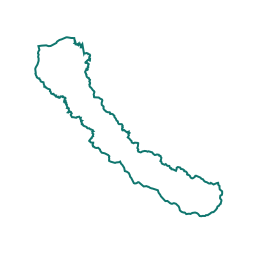 outline of Arenal, Bolívar, Colombia, rotated 260°
{"feature_id": "7082276B96052699629783", "entity_name": "Arenal", "entity_type": "district", "adm_level": 2, "iso_a3": "COL", "parent_name": "Colombia", "parent_adm1": "Bolívar", "projection": "robinson", "projection_center": [-74.071, 8.321], "detail": "fine", "context": "isolated", "style": "outline", "palette": "teal", "viewbox_px": 256, "rotation_deg": 260, "n_neighbors": 0, "source": "geoboundaries", "source_scale": "gbopen_adm2", "svg_char_len": 5768}
<svg xmlns="http://www.w3.org/2000/svg" viewBox="0 0 256 256"><g transform="rotate(260 128 128)"><path d="M224.2,54.0L220.3,54.3L218.8,53.0L217.4,52.4L216.9,52.3L216.0,52.8L213.6,51.8L212.2,52.1L209.6,51.6L206.3,49.9L203.6,47.6L202.3,46.9L198.1,46.7L197.8,46.3L197.5,46.3L197.4,46.5L195.8,46.5L194.5,47.1L193.7,47.0L192.3,48.5L192.2,49.3L191.4,49.3L190.4,50.0L189.2,50.1L188.6,50.6L187.7,52.7L185.3,52.7L183.8,53.2L183.5,52.8L183.2,52.7L182.8,53.8L182.2,53.9L182.1,54.4L180.8,55.5L179.7,57.6L178.9,57.9L177.8,57.5L177.3,58.1L175.8,58.2L175.2,58.4L174.4,59.7L174.7,60.3L174.6,60.6L173.9,60.7L173.4,61.3L172.8,61.5L172.5,62.7L171.9,62.4L171.3,62.6L171.0,63.6L170.9,64.7L170.3,64.5L169.9,65.0L169.6,65.9L170.8,67.2L170.6,67.9L170.7,68.9L170.4,69.4L169.7,69.2L168.9,71.2L168.5,71.6L168.1,71.6L167.6,70.9L166.3,70.1L165.0,69.6L164.8,70.7L165.3,70.9L165.4,71.3L164.4,71.3L163.8,70.7L163.4,71.6L163.1,71.6L162.1,71.1L161.8,71.2L161.5,71.8L160.7,71.5L159.7,71.9L159.0,71.7L158.6,72.1L158.2,71.6L157.5,73.1L156.7,72.8L155.1,73.0L153.8,71.5L153.6,72.0L154.0,72.4L154.1,73.0L153.8,73.7L154.0,74.3L153.7,74.6L152.1,75.1L151.2,74.0L150.7,73.9L148.4,74.7L148.1,76.1L147.1,78.7L147.1,79.1L147.6,79.6L147.6,82.0L145.9,82.6L146.0,83.2L144.9,82.7L143.6,83.3L143.3,83.8L143.0,82.9L142.6,82.9L142.2,83.5L141.0,83.2L140.5,83.6L139.0,82.8L139.5,83.5L139.1,83.8L139.2,84.1L137.9,84.6L136.3,87.2L135.7,87.7L135.2,87.7L134.8,88.1L134.5,88.7L134.5,89.7L133.1,90.8L133.0,91.4L131.9,93.0L131.2,92.9L130.8,93.3L130.5,92.2L129.9,92.4L129.1,92.0L128.0,92.8L126.5,92.0L126.0,92.2L125.6,91.4L124.6,90.3L124.3,90.4L123.8,89.4L122.2,87.6L121.8,87.6L121.4,88.3L120.7,88.5L120.0,89.3L119.6,91.2L119.1,91.1L117.5,90.1L116.8,90.5L116.1,90.3L115.7,90.5L115.4,91.3L114.6,91.8L113.8,93.3L113.7,95.2L111.6,96.7L110.5,96.7L108.3,97.8L107.1,100.7L104.8,103.8L103.4,104.7L102.5,104.2L100.9,104.2L99.9,103.8L98.9,103.7L97.8,105.2L96.0,108.9L95.9,109.4L96.1,110.4L95.9,113.4L96.3,114.4L94.0,115.0L92.6,116.0L89.5,117.3L86.1,117.4L85.3,119.1L83.6,120.9L81.6,121.5L79.5,121.7L78.3,122.5L72.7,124.2L72.2,125.0L72.1,126.3L72.3,127.2L72.9,128.5L72.7,129.2L67.7,133.3L67.5,136.3L66.8,137.1L66.5,138.1L65.6,138.9L64.5,140.6L64.2,141.5L61.5,146.6L59.0,146.9L56.6,148.1L55.1,148.5L49.8,151.9L49.5,152.2L49.3,154.2L46.6,156.5L45.9,157.5L45.7,158.4L46.0,159.8L45.9,160.4L45.1,162.0L42.0,164.3L40.1,164.7L37.9,164.8L36.2,166.1L35.1,168.0L35.1,168.6L34.7,169.4L33.1,170.4L33.0,173.2L32.5,174.6L33.2,176.6L33.1,179.4L32.3,181.0L31.1,182.2L28.9,183.3L28.4,184.9L28.5,186.1L28.0,188.5L28.1,189.0L28.6,189.5L28.6,190.0L28.3,191.5L28.9,192.3L28.9,192.8L29.6,194.4L29.9,194.6L30.5,196.3L30.3,197.3L30.6,198.1L32.6,200.9L33.3,201.3L33.5,201.8L34.5,202.1L35.2,202.6L35.7,204.2L36.9,205.1L37.3,206.2L38.4,206.5L40.1,207.4L41.1,207.4L42.5,206.5L43.6,206.6L45.4,207.2L45.9,208.9L47.3,209.4L49.3,209.7L51.6,207.7L54.0,207.8L54.9,208.1L56.5,207.0L58.0,207.3L58.4,207.2L58.3,205.8L57.5,202.5L59.6,200.0L59.0,199.2L59.4,197.9L61.0,196.1L61.6,194.7L63.0,193.5L64.4,193.0L65.3,191.4L66.5,190.8L69.2,186.7L69.2,186.0L68.1,185.1L67.4,183.4L67.2,182.9L67.5,182.0L68.3,181.1L70.2,180.6L71.0,179.9L71.7,178.3L72.2,178.1L72.8,178.6L73.2,178.5L74.7,177.8L75.2,177.2L75.7,175.9L76.6,176.0L77.9,174.7L78.5,172.9L79.9,172.6L80.8,170.6L80.9,170.2L80.6,169.5L80.3,169.0L79.0,168.7L77.5,167.8L79.4,165.2L79.8,163.7L80.9,163.6L81.0,162.8L81.3,162.5L83.5,162.1L83.9,160.2L85.9,158.9L85.4,157.8L86.8,155.5L87.9,155.0L89.4,154.9L89.8,154.2L91.8,155.3L93.0,155.7L94.0,155.2L94.8,155.2L95.0,155.0L95.2,154.0L96.3,153.7L96.9,151.9L96.7,150.4L96.8,149.6L98.3,148.3L99.8,147.6L101.5,144.2L101.3,143.1L101.9,142.3L102.5,140.5L102.4,137.9L101.9,136.9L101.8,136.2L103.0,134.0L104.2,133.8L104.8,134.4L105.2,134.4L106.7,133.7L108.3,134.6L111.3,135.4L111.6,135.1L112.4,132.1L112.0,130.9L113.1,129.2L114.9,129.1L115.4,128.5L117.3,127.5L118.8,126.1L120.6,127.6L122.3,127.2L122.5,127.5L122.6,128.4L122.9,128.7L123.3,128.4L123.7,127.6L124.3,127.9L124.1,126.0L126.8,123.7L126.9,123.0L126.5,122.5L126.7,122.1L127.4,121.9L128.7,122.1L129.3,122.9L130.2,122.5L130.9,123.2L131.7,122.8L132.5,122.8L133.0,122.1L133.4,119.8L133.9,119.4L134.8,119.1L136.3,119.1L137.4,118.0L139.3,117.6L141.3,116.5L142.5,116.7L143.2,116.0L144.0,115.6L144.5,114.9L144.8,114.3L144.9,112.9L146.3,112.9L146.7,112.7L147.0,110.9L148.0,109.2L148.9,108.9L149.3,108.2L150.8,107.4L151.9,107.2L152.6,107.6L153.4,107.7L155.3,106.2L155.8,106.2L157.3,106.4L159.5,107.5L160.5,107.4L162.1,105.3L163.1,104.5L164.1,100.1L164.4,99.9L165.7,100.1L166.9,100.0L169.3,101.2L169.7,100.9L170.3,100.9L171.3,100.0L174.2,98.6L174.6,98.0L176.1,97.4L177.2,97.7L177.6,97.5L178.1,97.9L178.2,98.3L179.1,98.5L180.5,98.0L180.9,98.4L182.0,98.9L182.4,98.3L183.0,98.4L184.2,98.0L184.4,97.2L185.6,96.3L187.1,96.1L187.6,96.4L188.3,96.0L189.1,96.1L189.8,95.6L190.7,95.5L191.1,95.9L192.3,96.5L192.5,97.3L192.2,97.8L192.5,98.5L192.8,98.5L193.8,97.8L194.0,98.7L194.7,99.4L195.5,99.1L196.0,99.7L197.0,99.7L197.6,100.4L197.9,100.4L199.2,99.1L199.3,97.8L199.7,97.4L200.4,97.8L200.9,99.1L201.4,99.4L202.2,100.9L202.0,101.3L201.1,101.9L201.0,102.2L203.0,102.7L203.4,102.0L203.8,102.0L204.7,102.2L205.3,103.0L206.2,103.3L207.0,103.1L207.6,102.1L207.6,101.6L208.5,101.3L209.1,100.0L208.8,99.3L209.3,97.8L209.0,97.6L218.3,97.6L216.6,96.3L215.8,96.3L215.5,96.0L215.6,95.6L216.0,95.8L216.6,95.7L217.3,96.5L218.2,96.4L218.1,95.6L218.8,95.0L219.3,95.0L219.1,94.3L219.8,94.3L219.4,93.8L218.4,94.2L218.0,93.6L218.4,93.3L219.0,93.5L219.4,93.3L219.1,92.7L219.4,92.6L219.4,92.2L219.1,91.9L219.5,90.9L220.7,91.1L220.9,90.3L221.5,91.0L222.1,91.1L222.9,91.0L222.8,90.6L225.9,90.7L226.5,87.7L227.8,84.1L228.0,82.9L226.8,77.8L226.6,75.8L225.4,73.1L224.2,72.2L222.2,66.1L222.4,64.0L223.6,61.8L224.1,57.2L224.2,54.0Z" fill="none" stroke="#0f766e" stroke-width="2"/></g></svg>